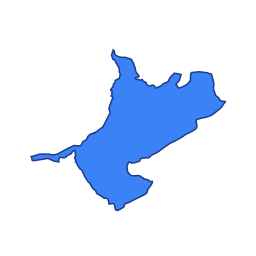 outline of Kiri, Bandundu, Democratic Republic of the Congo, rotated 80°
{"feature_id": "63176286B37259268611319", "entity_name": "Kiri", "entity_type": "district", "adm_level": 2, "iso_a3": "COD", "parent_name": "Democratic Republic of the Congo", "parent_adm1": "Bandundu", "projection": "albers", "projection_center": [19.184, -1.724], "detail": "fine", "context": "isolated", "style": "filled", "palette": "blue", "viewbox_px": 256, "rotation_deg": 80, "n_neighbors": 0, "source": "geoboundaries", "source_scale": "gbopen_adm2", "svg_char_len": 5712}
<svg xmlns="http://www.w3.org/2000/svg" viewBox="0 0 256 256"><g transform="rotate(80 128 128)"><path d="M86.3,78.4L88.7,80.0L89.0,80.3L89.5,81.2L90.5,85.5L92.2,88.0L93.3,92.7L93.6,93.8L93.0,94.4L92.4,94.5L91.6,94.4L90.8,95.0L89.8,96.6L90.0,97.4L90.5,98.3L90.6,98.7L90.4,99.4L90.1,100.4L88.1,102.2L86.5,102.3L86.2,102.5L84.3,105.0L83.5,105.3L82.6,105.6L82.8,106.1L82.9,106.4L83.1,107.1L83.2,107.4L83.0,108.0L82.4,108.4L82.1,108.8L81.9,110.4L80.9,111.9L80.6,112.3L80.1,112.2L79.7,112.0L79.7,110.9L79.7,109.8L79.7,109.4L79.6,108.9L79.4,108.5L79.2,108.2L78.8,108.1L76.0,109.5L73.9,110.5L71.5,110.5L69.5,110.6L68.4,110.8L67.2,111.2L66.3,111.2L65.1,111.2L64.1,111.7L63.6,112.2L62.9,112.4L61.9,112.2L61.5,113.1L61.0,113.1L60.4,113.3L60.2,113.5L60.3,113.9L60.2,114.4L60.2,114.5L59.5,115.2L59.2,116.1L58.0,118.2L58.0,118.3L57.2,122.3L56.9,123.4L56.2,124.8L54.5,127.1L54.3,127.5L53.9,127.8L52.8,128.3L52.3,128.3L51.8,128.1L51.6,128.0L50.0,128.1L49.2,128.3L49.1,128.6L48.6,129.1L49.0,129.2L49.5,129.3L51.1,130.6L51.9,130.6L52.0,130.6L53.5,131.7L54.3,131.4L54.7,131.4L56.5,131.2L57.7,130.9L58.0,130.5L59.2,129.3L60.2,128.8L62.3,128.4L62.7,128.2L63.3,127.5L63.9,127.4L64.6,127.6L65.9,126.8L67.0,126.5L68.2,126.4L69.4,126.6L71.5,126.8L73.7,126.3L74.3,126.4L75.3,127.0L77.5,127.9L77.8,128.2L78.1,130.0L78.5,130.7L78.6,131.7L79.0,132.2L79.6,132.6L80.5,132.7L82.4,134.8L82.8,135.0L83.9,134.9L87.1,138.3L87.9,138.6L88.5,137.8L88.8,137.4L89.3,137.3L90.4,137.8L92.2,137.8L92.6,138.1L93.3,139.1L93.7,139.1L95.2,137.4L95.8,137.4L97.2,138.8L97.6,139.0L98.1,139.1L98.3,139.3L98.8,139.8L100.0,140.6L101.0,140.8L102.4,142.0L105.6,143.4L106.0,143.5L108.1,143.1L109.6,143.1L109.8,143.1L110.6,143.4L114.2,146.2L122.4,152.4L127.0,161.4L126.7,161.3L126.7,162.1L127.3,163.5L127.3,164.9L127.6,166.2L128.5,167.8L129.2,168.8L131.8,170.8L132.3,171.4L133.9,175.2L134.1,175.3L135.3,175.9L136.7,177.2L137.0,177.6L137.2,178.5L136.8,180.4L136.9,181.1L136.5,181.9L136.1,183.3L135.9,184.3L136.4,185.9L136.7,187.4L137.0,188.3L137.7,190.8L138.6,193.8L139.8,197.2L140.7,199.8L141.2,201.6L141.5,203.2L141.5,204.8L141.3,207.4L140.8,208.5L140.2,209.9L139.8,211.3L139.7,211.9L139.4,214.0L139.0,215.0L138.8,217.5L138.4,218.8L138.4,220.0L139.0,224.5L139.4,227.0L139.2,228.4L140.2,228.0L141.0,227.9L142.1,228.1L143.3,227.9L143.7,227.0L143.9,225.6L143.9,223.9L143.9,222.1L143.9,220.3L144.0,217.3L144.0,215.3L144.0,213.7L144.0,213.0L144.0,212.2L144.4,211.4L145.3,210.3L146.1,209.1L147.1,207.7L147.8,206.6L148.1,205.6L149.4,202.0L148.1,202.1L147.6,201.8L147.0,201.6L146.2,201.1L145.9,201.0L145.2,200.3L145.1,199.8L145.5,198.6L146.0,197.1L146.2,196.3L146.2,195.0L145.8,194.2L145.1,193.3L144.0,190.7L143.9,189.6L143.5,189.2L143.2,188.2L142.1,187.1L141.8,187.2L141.0,185.7L141.0,184.3L141.0,184.1L141.4,184.0L142.3,184.1L143.7,184.5L144.6,184.6L146.0,184.0L146.6,184.6L147.3,185.3L147.5,185.4L147.8,185.5L148.8,185.9L149.9,185.0L150.5,185.0L151.5,185.5L152.0,185.6L153.4,184.7L154.9,184.5L157.6,183.5L158.5,183.0L158.9,182.8L159.3,182.8L159.7,182.6L161.3,180.8L162.7,180.4L163.9,180.3L164.1,180.2L165.5,179.6L166.6,179.4L167.2,179.5L168.7,178.9L173.7,176.8L175.7,175.3L177.0,174.7L178.3,174.5L180.7,173.5L182.2,172.6L183.8,171.0L184.6,170.6L186.6,170.3L187.1,170.0L188.8,168.1L191.0,165.6L193.3,163.4L193.1,162.7L193.2,161.8L193.6,161.0L194.5,160.4L195.7,159.9L197.2,159.9L198.3,159.9L199.6,159.9L199.8,159.0L199.5,157.2L199.7,156.2L200.4,155.1L201.2,154.7L202.4,154.7L203.5,154.7L205.1,154.7L206.1,154.4L206.5,154.2L207.0,153.6L207.4,152.8L207.3,152.1L207.0,151.5L206.8,150.0L206.1,148.7L205.4,146.2L204.8,145.6L203.4,145.1L202.1,143.8L201.9,142.4L201.8,141.4L201.7,140.8L201.0,138.4L200.5,136.9L200.0,135.2L199.3,133.0L198.9,131.7L198.7,130.7L198.3,129.2L197.8,127.6L197.4,126.3L196.9,124.8L196.7,124.1L196.3,123.3L196.2,122.5L195.9,121.9L195.4,121.2L194.8,120.6L194.3,120.1L193.6,119.8L193.1,119.7L192.5,119.6L191.9,119.1L191.3,118.5L190.6,117.8L190.0,117.2L189.5,116.5L189.0,116.0L188.5,115.4L187.7,114.9L187.1,114.3L186.7,114.0L186.1,113.7L185.6,113.4L185.3,113.3L185.0,113.2L184.7,113.4L184.7,114.4L184.5,115.8L183.6,116.2L182.9,116.7L180.6,121.3L180.2,121.8L179.6,121.9L179.6,122.2L178.1,123.7L177.7,123.9L176.9,125.2L176.7,126.1L176.5,126.8L176.4,127.6L176.3,128.4L176.3,128.9L176.2,129.5L176.1,130.2L176.1,130.9L176.0,131.4L175.7,132.2L175.4,132.9L175.0,133.4L174.5,133.8L173.6,134.5L173.1,134.9L172.3,135.2L171.8,135.7L171.6,135.9L169.7,135.9L165.8,135.7L164.5,135.2L164.1,134.9L161.6,133.1L162.0,132.5L162.4,131.4L163.2,130.4L163.3,129.4L163.2,128.3L163.2,127.6L163.4,126.6L162.9,125.1L163.0,123.9L162.7,122.8L162.4,122.2L160.6,120.8L160.2,119.8L160.2,118.8L160.5,116.7L160.5,116.2L160.4,115.4L160.8,114.0L160.9,113.2L160.8,112.6L160.4,111.7L159.8,110.8L159.4,110.3L158.9,109.5L158.4,108.0L158.1,107.0L157.9,106.2L157.7,105.5L157.6,104.8L157.3,104.0L157.0,103.2L156.8,102.7L156.4,101.9L156.1,101.1L155.8,100.5L155.5,100.0L155.0,99.4L154.7,98.8L154.6,98.3L154.6,97.6L154.0,97.4L152.8,94.5L150.4,89.4L149.4,85.5L148.9,83.7L147.2,79.0L146.2,76.1L144.8,73.3L143.8,70.5L143.1,67.8L142.2,65.0L141.5,63.2L141.1,62.3L140.5,61.3L139.9,60.6L139.1,60.1L138.2,59.8L135.0,59.7L132.6,59.7L132.1,59.4L131.6,58.6L131.3,56.6L131.0,53.4L131.0,51.0L130.8,48.6L130.6,47.2L130.4,45.8L129.9,43.5L129.1,41.7L127.8,39.3L126.3,36.4L124.8,33.8L122.9,31.5L121.0,29.7L119.7,28.1L118.8,27.6L118.5,29.1L117.6,31.3L116.7,32.5L116.3,32.8L114.2,33.3L111.5,35.8L110.5,36.1L106.9,36.7L105.7,36.8L105.3,37.0L103.2,36.8L101.8,36.4L100.1,35.9L98.6,35.7L97.3,35.7L89.5,36.4L87.1,41.0L86.5,43.2L85.0,47.8L84.4,55.7L85.3,56.8L92.1,58.3L95.4,62.4L97.2,68.0L97.4,71.3L93.3,73.1L90.0,69.1L84.6,66.4L83.4,69.1L82.1,73.0L84.7,76.6L86.3,78.4Z" fill="#3b82f6" stroke="#1e3a8a" stroke-width="1.5"/></g></svg>